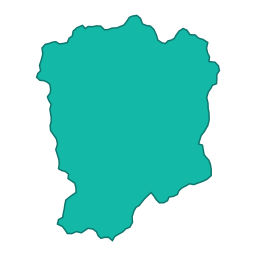 outline of Brás Pires, Minas Gerais, Brazil
{"feature_id": "56859067B189546975189", "entity_name": "Brás Pires", "entity_type": "district", "adm_level": 2, "iso_a3": "BRA", "parent_name": "Brazil", "parent_adm1": "Minas Gerais", "projection": "robinson", "projection_center": [-43.23, -20.882], "detail": "fine", "context": "isolated", "style": "filled", "palette": "teal", "viewbox_px": 256, "rotation_deg": 0, "n_neighbors": 0, "source": "geoboundaries", "source_scale": "gbopen_adm2", "svg_char_len": 2058}
<svg xmlns="http://www.w3.org/2000/svg" viewBox="0 0 256 256"><path d="M112.4,240.6L114.7,236.5L118.4,234.3L122.9,231.7L125.7,228.9L129.9,227.1L132.5,222.4L132.1,216.6L134.0,210.8L136.0,207.3L139.2,205.5L141.7,202.3L144.5,198.8L148.2,195.2L151.1,192.6L154.2,196.4L156.2,199.6L159.4,202.8L163.9,202.7L167.5,200.6L169.0,197.0L173.3,196.4L177.4,194.4L178.9,190.7L181.6,188.1L185.4,186.1L189.5,183.8L193.9,184.6L197.5,183.2L203.1,181.2L207.1,179.2L211.2,175.6L211.2,169.3L210.3,164.0L208.8,160.2L206.5,157.7L204.1,154.7L203.3,150.0L202.4,145.1L198.6,144.0L199.8,139.9L201.1,135.7L204.7,131.0L207.9,125.2L209.1,120.2L209.1,116.3L208.9,112.3L208.1,108.2L208.0,103.4L206.7,97.5L208.4,91.8L210.7,88.6L212.4,85.3L216.5,83.7L216.8,79.1L216.8,74.5L219.4,70.6L218.4,65.9L215.1,62.3L208.9,61.5L209.5,56.8L207.6,53.0L206.5,48.1L207.8,42.5L203.1,39.5L198.4,38.1L195.3,35.0L190.0,34.7L186.9,30.2L183.1,28.5L179.0,31.2L176.2,35.0L174.4,38.4L171.3,40.1L168.0,40.9L165.5,43.5L162.0,42.9L157.9,40.1L156.2,34.6L153.8,29.4L150.4,26.1L146.4,25.5L142.5,23.9L140.5,18.4L136.8,15.4L132.4,16.1L129.3,17.4L126.5,21.8L123.8,25.1L120.8,26.3L116.8,27.9L111.9,28.1L108.6,29.5L104.5,29.8L100.7,26.1L96.3,25.9L92.5,26.7L88.2,26.5L85.2,28.5L82.5,25.4L77.0,27.7L73.2,31.1L72.3,36.0L69.1,38.2L67.4,42.5L63.0,43.5L59.2,43.9L55.8,41.7L52.3,42.2L49.0,43.5L45.3,44.3L42.0,48.0L42.8,54.0L41.3,60.0L39.5,65.3L40.6,70.8L37.9,73.4L36.6,77.3L39.9,80.3L44.1,80.7L47.2,82.1L49.9,84.5L50.6,89.4L50.2,93.1L47.4,96.8L48.7,100.3L51.1,104.3L49.9,109.4L50.6,113.6L51.2,117.3L51.2,121.5L50.1,125.6L50.6,130.6L53.2,134.3L56.4,138.9L57.5,144.0L55.8,149.6L57.4,154.7L59.0,160.0L59.2,164.6L58.5,168.7L61.4,170.4L65.3,171.5L68.6,174.1L68.0,178.6L71.1,180.6L74.8,183.2L76.0,188.1L76.0,192.5L73.2,194.4L70.4,196.4L65.8,200.1L64.9,204.5L64.2,209.3L63.2,213.8L62.7,217.4L58.5,219.6L57.4,224.1L62.5,226.5L65.3,230.3L67.4,233.5L71.8,233.6L76.3,231.6L81.4,232.8L85.1,230.3L88.0,228.3L92.8,229.0L96.5,231.8L98.2,235.8L100.9,238.3L104.9,237.3L108.7,237.4L112.4,240.6Z" fill="#14b8a6" stroke="#0f766e" stroke-width="1.5"/></svg>